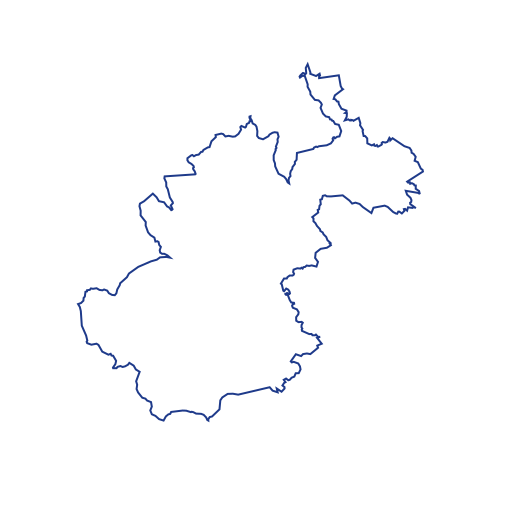 Albino Zertuche, Puebla, Mexico, rotated 144°
{"feature_id": "50627088B37931704474648", "entity_name": "Albino Zertuche", "entity_type": "district", "adm_level": 2, "iso_a3": "MEX", "parent_name": "Mexico", "parent_adm1": "Puebla", "projection": "natural_earth1", "projection_center": [-98.563, 18.013], "detail": "fine", "context": "isolated", "style": "outline", "palette": "blue", "viewbox_px": 512, "rotation_deg": 144, "n_neighbors": 0, "source": "geoboundaries", "source_scale": "gbopen_adm2", "svg_char_len": 6089}
<svg xmlns="http://www.w3.org/2000/svg" viewBox="0 0 512 512"><g transform="rotate(144 256 256)"><path d="M428.2,321.7L428.5,318.3L430.1,314.4L437.9,302.0L440.2,291.5L442.2,286.7L443.4,286.2L443.8,284.7L441.3,281.0L436.6,278.8L435.7,276.7L436.6,269.0L433.4,262.9L431.1,262.3L431.4,260.4L430.2,259.3L430.8,253.4L433.3,251.2L437.3,249.8L437.5,249.2L434.8,247.2L433.2,247.7L430.4,246.7L429.1,244.6L426.8,243.7L423.5,243.3L421.3,244.0L419.4,239.2L419.9,234.8L418.2,230.7L426.6,225.1L427.8,221.7L430.8,218.6L431.6,214.9L431.3,208.2L429.3,205.6L429.1,203.1L426.8,199.5L428.8,195.4L432.3,193.2L433.3,189.2L431.3,185.7L430.3,181.0L427.5,177.2L423.2,179.2L420.0,179.4L418.2,178.7L416.3,179.7L406.2,174.1L403.4,171.9L400.4,167.9L399.6,167.8L398.5,166.5L397.1,163.7L393.2,160.6L391.7,158.3L391.2,154.7L391.8,152.0L391.3,150.9L390.6,152.0L388.1,152.9L385.9,152.0L375.7,153.4L369.7,160.2L366.4,161.4L360.0,161.1L355.7,158.2L351.9,154.3L322.1,141.8L321.7,137.3L318.6,133.0L317.1,136.6L315.1,131.2L310.8,132.0L310.0,133.2L310.7,135.7L307.8,136.8L306.3,136.6L306.3,139.5L303.7,139.2L302.9,136.5L301.5,136.0L298.7,136.6L295.9,135.9L292.8,137.8L290.3,136.1L286.6,138.1L285.3,140.9L285.0,144.2L287.7,148.2L289.6,148.9L289.8,150.3L281.5,153.1L278.3,148.5L275.6,149.0L272.1,147.2L269.7,144.7L259.7,145.3L259.1,147.5L254.4,146.4L254.7,153.9L251.6,152.9L253.3,154.0L253.7,157.2L254.7,157.1L256.9,158.7L256.9,160.3L258.8,161.5L262.8,168.4L262.2,169.6L261.2,170.0L261.1,171.6L259.7,173.4L257.4,174.5L257.8,175.9L260.5,177.5L261.5,180.0L259.5,182.9L256.0,184.0L254.5,185.5L254.3,188.8L256.6,192.5L256.1,194.5L254.8,195.2L253.2,194.9L252.8,195.8L254.8,197.7L254.6,200.5L253.2,205.7L254.6,207.1L254.6,208.0L252.6,207.8L251.3,205.6L250.5,205.8L249.8,207.5L249.7,209.9L250.7,211.9L254.0,211.0L254.3,211.9L251.8,218.0L252.1,219.0L246.6,221.3L244.3,219.7L243.0,220.4L240.2,220.4L237.9,218.7L236.5,218.7L235.6,219.3L235.4,221.2L233.6,222.9L229.8,221.8L227.4,219.7L226.2,219.8L225.7,218.4L224.2,219.1L222.7,218.3L220.6,218.5L218.8,216.7L216.5,215.7L213.3,211.9L209.3,214.8L209.3,219.7L205.9,223.5L199.5,223.8L193.8,221.0L189.1,220.7L189.0,222.4L188.4,222.0L188.0,222.6L188.9,226.7L188.0,230.2L188.6,233.8L188.2,235.8L189.2,238.5L188.5,240.0L189.0,244.5L188.6,247.8L189.1,250.3L187.4,252.6L187.6,254.4L180.1,254.6L179.0,257.0L177.5,256.7L175.1,259.3L173.2,259.8L170.9,263.8L169.3,263.2L166.6,265.4L164.4,264.5L163.6,262.6L160.1,260.0L150.2,254.1L147.8,245.9L147.4,241.9L144.2,240.7L141.6,237.2L140.8,232.8L137.4,222.9L132.6,226.0L122.3,221.1L120.6,218.3L119.2,211.0L117.8,208.1L116.9,207.2L114.8,208.3L114.0,207.7L113.0,204.7L109.4,205.3L108.8,207.0L107.7,206.5L107.1,203.9L104.4,206.0L101.1,202.9L99.6,202.8L98.5,200.8L100.7,207.3L100.0,208.5L98.7,208.5L97.4,209.8L96.8,212.3L97.7,216.8L96.5,220.7L87.6,211.6L87.3,210.6L86.8,210.5L85.9,212.7L87.3,216.5L85.3,219.1L86.3,220.0L86.1,221.3L87.1,223.3L88.8,223.8L88.2,225.1L89.8,225.9L90.0,227.3L71.3,226.2L70.6,227.8L71.3,229.8L69.9,236.8L71.7,239.8L68.5,242.4L68.5,246.0L69.4,248.1L68.3,250.0L68.2,253.1L71.4,257.6L76.3,271.0L79.3,270.6L78.5,271.9L78.6,273.2L82.5,271.1L84.6,271.7L86.5,273.7L87.9,273.6L88.5,272.4L89.2,272.2L92.8,272.7L93.3,273.1L93.0,274.7L94.8,274.9L95.4,275.7L94.9,277.0L97.3,277.4L99.7,281.7L96.9,285.8L97.2,288.9L98.4,289.8L96.3,294.5L95.3,295.1L95.0,300.6L93.5,302.1L91.7,307.4L97.7,308.1L97.8,308.9L99.0,310.2L99.4,309.8L100.4,310.5L101.0,312.3L104.4,313.5L100.8,315.3L98.6,318.0L99.8,319.3L98.1,319.3L97.3,320.4L100.3,324.9L99.7,330.1L98.6,332.4L99.6,333.4L99.7,336.1L100.9,337.4L97.8,339.6L87.6,339.8L88.0,340.9L87.6,343.7L82.8,353.5L100.4,362.8L99.3,364.3L98.1,364.4L97.4,366.1L101.6,366.3L105.0,371.5L104.1,372.5L101.5,380.8L105.2,378.9L107.9,374.4L109.8,373.9L109.8,375.8L110.5,376.5L114.1,376.0L115.3,375.5L115.5,374.5L112.6,374.5L110.7,373.0L113.3,364.5L114.8,362.6L115.5,357.1L117.0,354.6L116.6,347.7L113.9,345.1L113.4,341.8L113.7,339.9L116.7,337.9L118.1,331.9L117.5,327.9L115.2,325.3L115.8,323.0L114.7,322.0L114.9,320.7L114.1,319.8L114.4,316.3L111.9,313.5L113.6,307.0L118.2,303.7L120.3,304.8L123.0,304.8L123.0,306.2L123.7,306.5L125.1,305.9L125.6,304.2L129.2,303.1L133.7,304.0L140.6,307.8L142.4,308.1L143.1,309.2L145.4,309.6L146.7,308.9L162.3,315.3L166.6,310.0L169.3,309.3L170.4,307.6L174.2,306.5L175.5,305.1L178.1,304.2L180.1,302.4L181.1,300.4L183.4,299.8L185.2,298.1L186.5,295.2L187.1,296.9L186.4,300.5L186.6,303.5L189.4,309.3L187.8,317.2L186.2,319.8L185.3,323.2L182.5,327.1L177.7,330.1L177.4,331.0L175.9,331.4L175.6,332.8L171.4,335.5L170.0,337.8L167.6,339.2L166.1,343.2L168.2,345.2L170.2,346.0L173.7,346.3L175.6,345.6L181.7,346.3L184.4,349.8L184.5,352.5L181.5,356.2L179.6,360.3L179.5,362.5L180.8,365.2L179.7,368.4L179.6,370.9L178.3,372.3L179.3,372.6L180.0,371.7L180.7,368.7L181.3,368.3L182.1,368.8L183.3,367.8L185.9,368.2L188.2,366.4L189.3,366.3L191.4,369.8L192.9,369.5L193.8,367.0L198.4,365.1L202.6,365.0L204.7,366.2L207.5,369.3L210.5,370.7L210.9,373.9L212.1,375.4L217.6,377.7L218.6,375.8L224.6,375.0L229.6,371.4L231.2,372.2L236.2,372.7L238.0,371.8L239.2,372.5L242.8,371.7L245.1,372.9L247.6,373.2L248.1,375.1L249.2,375.5L254.0,375.4L255.2,373.8L255.4,371.4L254.1,368.4L253.6,365.6L254.1,364.3L255.3,364.1L255.8,363.0L255.8,360.5L256.6,357.9L257.2,357.8L283.1,374.1L284.5,372.7L285.4,368.3L287.7,365.0L288.1,361.9L291.3,354.0L291.7,348.5L292.2,347.6L295.2,347.0L296.0,342.9L296.7,342.7L297.6,342.9L297.8,346.5L298.8,348.3L298.8,353.5L302.3,357.4L301.9,361.9L302.8,367.1L314.4,366.1L319.1,366.6L321.0,364.8L322.7,360.4L325.5,356.7L325.2,348.3L327.4,345.5L329.4,338.6L329.1,334.9L327.4,330.6L328.9,326.8L327.1,325.9L326.6,324.6L327.8,321.8L327.6,319.3L330.5,317.3L331.5,315.1L330.7,313.0L328.9,311.7L327.3,308.6L326.5,305.2L329.0,307.9L334.4,311.3L338.4,311.3L344.1,313.4L357.6,316.4L369.1,316.5L372.9,314.7L381.9,313.8L383.4,312.5L387.9,310.5L390.9,307.9L393.3,307.3L395.3,309.1L396.9,312.4L396.7,315.4L398.6,318.2L400.4,318.5L402.6,320.6L403.9,323.6L407.2,325.3L408.6,326.8L410.4,326.3L412.8,327.6L413.5,326.7L415.0,327.3L418.3,323.8L420.1,323.4L421.9,321.3L425.2,320.8L428.2,321.7Z" fill="none" stroke="#1e3a8a" stroke-width="2"/></g></svg>